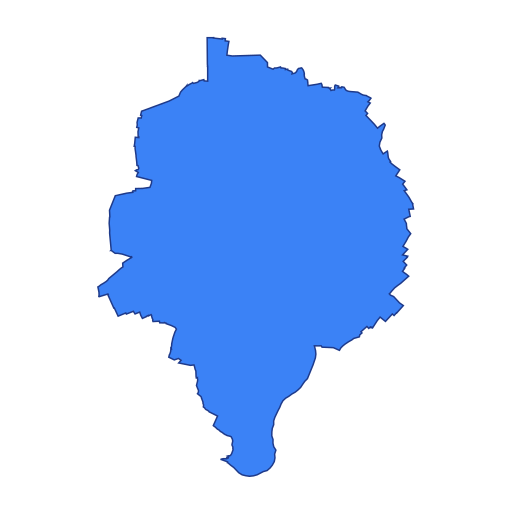 Maastricht, Limburg, Netherlands, rotated 178°
{"feature_id": "6326949B62006643577312", "entity_name": "Maastricht", "entity_type": "district", "adm_level": 2, "iso_a3": "NLD", "parent_name": "Netherlands", "parent_adm1": "Limburg", "projection": "albers", "projection_center": [5.703, 50.858], "detail": "fine", "context": "isolated", "style": "filled", "palette": "blue", "viewbox_px": 512, "rotation_deg": 178, "n_neighbors": 0, "source": "geoboundaries", "source_scale": "gbopen_adm2", "svg_char_len": 6035}
<svg xmlns="http://www.w3.org/2000/svg" viewBox="0 0 512 512"><g transform="rotate(178 256 256)"><path d="M237.8,448.9L244.7,456.6L272.6,456.7L278.1,457.7L277.5,461.7L276.4,467.8L275.6,471.4L279.3,472.1L279.0,474.3L282.2,474.8L282.2,474.0L290.9,475.3L290.8,475.7L297.2,475.9L297.9,449.1L297.8,448.7L297.9,447.2L297.7,447.2L297.7,446.8L298.2,432.4L301.7,432.8L302.0,434.1L305.9,433.2L306.3,433.2L306.6,433.4L307.0,432.5L308.5,431.6L311.0,431.0L312.5,430.7L313.3,431.5L313.6,431.2L317.0,429.6L317.5,429.2L319.5,428.1L319.4,428.6L320.1,427.8L323.8,424.5L325.7,422.4L327.5,418.5L337.4,413.9L365.3,404.7L366.4,400.7L365.3,400.4L365.9,397.9L368.9,398.1L370.2,393.7L370.1,391.0L370.7,388.7L368.7,388.1L369.6,384.3L369.6,379.1L369.0,379.1L369.0,378.4L372.5,378.9L373.3,372.8L373.9,369.9L373.0,369.8L373.0,368.4L373.1,367.6L372.4,360.9L372.4,359.7L371.9,353.9L371.8,350.7L370.8,350.5L370.1,347.8L370.7,346.5L372.2,346.3L372.3,346.3L373.6,345.5L370.7,343.6L371.9,341.8L372.6,339.6L357.6,335.2L358.0,332.2L359.6,328.3L367.0,327.5L373.9,327.6L374.0,326.4L374.0,325.4L376.7,325.4L377.1,324.9L376.9,323.9L383.1,323.3L394.5,321.2L400.8,306.9L400.7,300.1L401.0,299.9L401.6,293.8L401.3,286.9L401.5,284.0L400.5,266.9L400.8,266.6L400.5,266.6L396.7,263.6L394.0,263.5L389.7,262.6L381.5,259.6L380.4,259.7L380.2,259.0L385.2,256.2L389.5,253.5L389.4,249.7L391.4,248.5L393.8,246.6L395.4,245.2L402.4,239.8L403.9,238.6L405.1,237.0L406.7,235.7L409.5,234.0L412.0,232.7L413.8,231.3L415.1,230.6L414.2,225.3L414.2,222.5L414.5,221.0L414.2,220.8L405.3,223.2L405.1,222.9L405.5,222.7L399.9,208.9L399.4,209.0L395.9,200.7L388.1,203.6L387.6,202.5L380.5,205.0L378.9,202.3L374.2,204.0L373.2,200.7L371.7,197.6L367.5,199.3L367.6,199.5L365.7,200.4L365.5,199.9L362.9,201.1L362.4,200.3L362.4,199.0L361.9,197.8L361.9,197.3L361.3,196.2L361.5,195.3L361.4,194.6L361.2,194.1L354.8,194.2L354.6,192.6L350.1,192.3L349.9,192.7L348.0,191.9L348.1,191.5L343.1,189.5L339.3,187.5L338.1,185.7L339.7,182.8L341.4,178.3L342.0,176.5L343.4,170.8L343.3,170.1L343.9,167.5L343.8,166.4L344.3,166.8L344.4,165.2L344.7,163.4L345.4,161.3L346.0,160.4L346.7,157.9L341.3,155.0L337.1,156.3L334.5,154.4L337.0,151.8L325.3,149.0L321.8,149.3L321.3,147.5L320.8,145.0L320.1,143.1L320.1,141.4L320.1,137.4L319.9,136.3L319.4,136.6L318.9,136.6L319.0,136.4L318.6,134.9L318.6,134.4L318.8,132.9L319.8,129.4L320.0,128.7L318.7,125.0L318.3,124.2L318.2,123.3L318.3,122.3L318.4,121.7L319.3,120.4L316.5,118.0L316.0,117.6L315.7,117.0L315.3,115.8L315.4,115.7L315.2,115.2L314.2,112.2L314.1,111.3L314.1,110.5L313.6,109.1L313.6,108.7L313.9,107.0L312.6,106.0L312.2,105.2L311.5,104.4L309.6,103.3L308.7,102.6L308.3,101.9L300.0,97.4L304.6,88.0L303.7,87.2L302.7,86.5L300.6,84.3L299.2,83.5L297.7,81.9L296.0,80.9L294.3,79.4L293.8,79.2L293.1,78.6L292.1,78.2L291.2,77.6L288.0,76.7L287.1,76.2L286.7,75.2L286.1,74.1L285.7,71.9L286.3,69.5L286.5,68.9L286.5,68.5L286.6,68.2L286.5,67.6L285.8,66.0L285.8,64.7L285.9,64.4L285.7,63.8L285.9,62.6L286.2,61.9L287.3,59.2L288.2,57.9L288.9,57.4L289.9,57.2L290.5,57.3L291.2,57.1L290.3,56.7L290.8,55.2L292.0,55.7L292.3,55.4L292.0,54.6L292.2,54.4L295.7,54.6L297.9,54.2L298.0,53.8L291.6,51.3L291.8,50.5L291.4,50.4L288.6,47.8L285.6,45.4L280.8,40.0L277.5,37.8L274.0,36.8L270.2,36.1L266.2,36.4L262.5,37.3L256.2,40.3L252.4,41.2L249.3,43.7L247.0,46.4L244.9,49.9L244.1,53.6L244.3,57.4L242.9,61.3L244.9,64.7L245.6,68.4L245.4,72.0L246.5,75.7L246.3,79.7L245.7,83.3L244.2,86.8L244.1,90.6L242.8,94.1L239.4,100.7L237.6,103.8L236.1,107.2L234.1,110.5L231.3,112.9L228.0,114.7L225.0,116.8L221.5,118.6L218.7,120.7L216.0,123.1L213.8,126.2L211.7,129.0L208.9,131.6L202.8,145.2L200.2,152.1L199.6,155.8L199.8,159.5L200.8,164.2L196.7,164.0L194.1,164.0L193.2,162.6L181.9,161.7L175.9,158.8L174.5,161.1L174.0,161.6L172.4,163.1L170.0,164.9L166.6,167.0L163.0,168.9L161.2,170.2L155.5,171.6L155.1,173.5L152.8,175.4L153.7,176.7L147.6,181.7L145.8,179.7L144.2,181.1L143.5,180.2L142.7,180.9L142.0,180.1L137.0,187.3L134.1,190.6L128.9,186.1L121.8,193.3L120.1,191.7L117.6,194.3L117.4,194.1L110.5,201.3L114.3,204.2L119.8,210.6L120.3,210.9L123.0,212.2L124.1,213.5L123.2,214.3L121.5,216.3L118.6,219.3L115.0,221.9L112.4,223.6L104.1,230.5L106.4,232.6L108.7,234.3L110.1,235.6L107.9,238.3L108.3,238.7L107.6,239.4L107.7,239.5L105.7,241.7L109.1,245.5L104.9,249.4L105.2,249.7L104.4,250.5L109.5,252.0L104.1,257.4L108.8,260.5L105.6,265.3L103.1,269.7L100.6,272.9L104.1,277.7L104.4,278.3L104.3,279.2L104.5,280.7L104.6,283.3L106.7,287.7L101.9,289.9L100.5,290.2L101.7,297.4L96.9,297.5L97.8,303.0L97.6,303.0L98.6,304.5L100.9,309.0L101.7,310.3L105.6,316.1L102.9,316.9L106.9,322.7L104.5,325.5L110.1,329.3L113.5,331.2L109.3,337.1L114.0,340.8L117.1,343.4L118.8,345.2L118.2,345.7L119.9,348.5L120.1,349.0L120.4,350.3L120.8,355.1L121.0,356.0L121.1,356.3L125.4,353.6L127.9,358.1L127.8,358.3L128.9,361.3L128.9,361.9L128.2,365.4L126.1,369.5L126.2,372.7L125.3,376.1L124.1,378.1L122.7,381.4L122.4,381.9L122.4,382.3L122.5,382.8L123.5,384.1L127.9,381.2L130.1,379.5L133.1,383.5L141.2,392.6L139.5,394.6L141.9,397.2L139.0,401.8L136.5,404.9L138.8,406.2L137.2,407.7L135.6,409.7L136.1,410.1L139.4,411.9L140.1,412.5L141.4,412.7L143.2,413.1L144.9,413.9L148.5,416.2L156.2,417.1L157.8,417.4L159.2,417.9L160.6,418.9L161.1,419.9L162.0,421.5L164.3,422.1L164.7,421.3L165.1,421.5L165.2,421.3L166.4,421.3L166.4,421.1L168.3,421.2L167.4,422.4L167.4,422.9L170.7,424.1L170.8,424.1L171.4,423.1L171.6,420.1L171.8,419.2L173.8,419.2L175.3,418.8L175.6,419.6L176.5,420.7L175.9,421.2L176.4,421.2L177.8,421.6L177.8,421.9L183.8,422.4L184.2,425.1L184.8,426.3L188.9,425.5L198.0,424.4L198.3,427.9L198.2,427.9L198.4,430.1L199.7,431.0L200.6,431.2L200.8,431.4L201.4,434.0L201.5,436.0L201.3,436.2L201.6,438.1L202.1,439.7L202.5,440.5L203.7,442.3L203.9,442.4L204.5,442.4L205.6,442.0L206.4,442.1L206.7,442.0L207.3,441.6L208.1,440.8L208.9,439.1L209.9,438.0L210.8,437.4L213.6,436.8L213.4,437.3L213.3,438.1L214.0,439.2L217.6,440.6L217.8,441.6L220.1,441.3L220.0,442.3L222.6,442.9L224.5,443.1L224.9,444.1L228.6,443.2L231.0,443.2L232.4,442.1L237.9,444.5L237.8,448.9Z" fill="#3b82f6" stroke="#1e3a8a" stroke-width="1.5"/></g></svg>